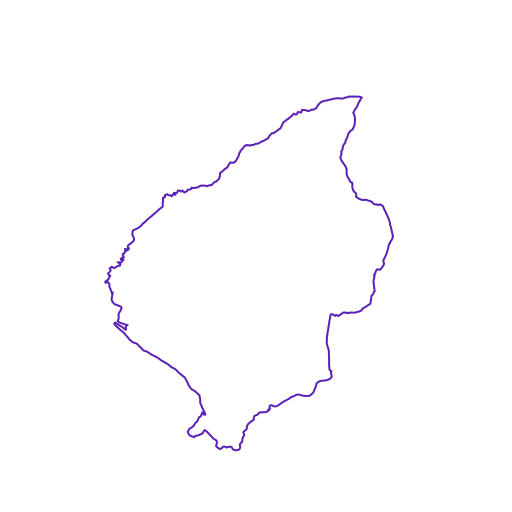 the district of El Guabo, El Oro, Ecuador, rotated 298°
{"feature_id": "8360857B6127992117214", "entity_name": "El Guabo", "entity_type": "district", "adm_level": 2, "iso_a3": "ECU", "parent_name": "Ecuador", "parent_adm1": "El Oro", "projection": "orthographic", "projection_center": [-79.785, -3.163], "detail": "fine", "context": "isolated", "style": "outline", "palette": "violet", "viewbox_px": 512, "rotation_deg": 298, "n_neighbors": 0, "source": "geoboundaries", "source_scale": "gbopen_adm2", "svg_char_len": 6093}
<svg xmlns="http://www.w3.org/2000/svg" viewBox="0 0 512 512"><g transform="rotate(298 256 256)"><path d="M268.9,148.8L267.4,147.2L266.7,147.1L266.4,147.5L265.1,147.9L264.6,147.1L263.8,146.6L261.2,147.9L260.8,148.3L259.5,148.4L257.1,149.9L255.4,150.3L252.1,148.7L246.9,146.9L237.3,143.0L233.4,141.8L231.5,140.8L230.0,140.7L228.2,140.2L225.5,138.8L223.2,137.3L221.7,135.9L220.7,135.5L219.7,135.5L217.2,136.6L216.3,137.3L214.4,140.0L212.7,140.8L210.8,140.6L209.6,139.9L207.4,139.2L206.6,138.5L204.8,138.1L203.5,138.9L202.8,139.0L203.0,140.1L202.3,140.3L201.5,140.2L200.0,139.3L201.0,137.8L200.6,137.1L200.0,137.4L199.9,138.1L199.3,138.6L198.1,138.1L196.5,138.5L195.6,137.6L195.0,137.5L194.4,137.8L192.9,139.7L191.3,138.3L190.0,138.0L189.7,138.2L189.6,138.8L190.7,140.4L190.5,140.7L190.0,140.8L189.6,140.7L188.6,139.6L187.4,140.2L186.5,139.7L186.1,138.9L186.2,137.6L185.7,137.2L185.3,139.4L184.4,140.3L183.9,140.5L183.5,140.3L182.9,139.2L181.3,138.0L179.3,137.0L178.6,135.6L178.8,133.7L176.4,132.6L175.6,134.1L174.8,134.5L173.3,134.3L171.6,133.6L170.8,133.9L170.3,134.5L170.3,136.4L169.7,136.7L168.0,136.2L166.9,136.6L165.9,136.6L162.7,135.0L162.2,135.1L161.9,135.5L162.0,136.2L163.4,137.6L163.1,138.6L162.2,139.9L159.9,141.1L157.3,144.5L155.5,146.2L156.1,146.8L150.0,148.8L148.5,150.3L147.6,152.1L147.2,153.2L147.2,155.2L147.6,157.7L147.8,160.0L147.5,161.3L146.4,161.8L144.3,161.9L144.0,162.1L142.2,161.8L140.0,162.0L137.4,163.6L135.5,164.3L134.4,164.3L133.5,164.6L133.2,167.3L134.5,174.7L133.7,174.4L132.3,174.3L130.2,175.7L129.9,175.6L129.6,175.1L130.5,171.5L130.5,167.6L131.2,163.6L130.7,162.7L129.7,162.7L129.0,163.7L128.2,166.1L126.0,175.8L122.7,184.0L122.0,187.9L122.6,191.4L122.5,192.5L121.3,195.9L121.1,197.5L120.1,199.7L119.8,201.2L120.4,204.7L119.9,209.9L120.1,216.7L119.4,220.9L119.1,228.9L118.1,233.8L118.3,236.9L117.9,239.0L116.5,243.4L115.3,250.2L111.3,256.1L110.5,256.8L108.7,260.1L108.2,261.7L107.9,266.1L106.4,271.5L103.3,274.0L100.4,275.5L97.1,279.4L92.8,285.2L92.2,285.6L91.5,284.5L92.4,283.3L92.5,282.1L88.4,282.5L86.9,281.4L82.4,281.8L79.7,280.7L77.1,280.7L75.3,280.2L71.8,278.2L68.9,278.3L67.5,279.6L66.5,281.7L66.9,286.3L68.8,286.9L69.9,288.6L73.5,291.6L74.3,292.0L77.7,292.2L78.1,292.4L78.2,293.0L77.9,295.0L74.7,304.5L74.6,306.8L74.4,307.7L73.8,308.5L72.2,309.4L70.1,309.7L69.4,310.1L69.0,311.0L68.6,313.2L68.7,314.9L69.0,315.4L72.2,316.5L72.6,317.0L73.0,318.1L73.0,319.7L74.1,320.7L74.2,321.3L75.5,322.5L75.8,323.1L75.7,324.3L74.6,326.2L74.4,327.4L74.8,329.1L76.7,331.6L77.7,332.1L79.7,331.9L81.5,330.5L82.5,330.2L85.5,331.0L89.1,329.5L92.4,329.7L92.9,329.4L94.1,327.8L95.0,327.5L98.4,329.0L99.5,328.8L101.5,327.9L104.3,328.0L108.3,329.7L110.3,330.9L112.9,329.7L114.3,329.8L116.1,331.5L119.7,332.8L122.6,337.7L124.5,339.4L127.0,340.0L126.8,339.4L127.5,339.7L129.7,338.5L130.5,338.6L131.3,339.4L131.7,340.3L131.7,341.9L132.1,343.6L133.8,345.3L140.4,348.7L144.9,351.8L148.2,353.5L149.8,355.0L152.2,356.7L153.0,357.5L153.7,358.6L154.7,363.2L156.2,366.7L157.8,368.8L158.9,369.5L162.4,370.7L168.3,370.1L171.5,369.5L172.7,369.5L173.6,369.9L175.3,371.0L176.4,372.1L178.9,376.0L180.3,377.5L182.2,378.9L183.4,379.4L185.6,379.3L187.8,377.0L188.8,376.6L189.5,376.7L190.0,374.6L190.5,374.0L194.6,371.4L199.2,369.0L206.8,364.6L211.8,359.6L217.9,356.6L235.9,350.4L239.5,349.4L240.5,350.6L240.3,354.0L241.6,354.5L241.8,355.1L241.7,356.7L242.0,357.1L246.9,359.5L248.1,361.6L248.1,363.1L249.3,364.1L249.5,365.2L250.9,366.6L251.9,369.2L255.0,372.7L257.3,374.6L260.1,375.0L263.1,377.1L266.1,378.5L266.9,379.2L268.0,379.3L275.0,376.7L277.6,377.3L280.1,377.0L280.6,377.3L280.8,377.2L288.6,371.7L294.6,369.8L294.6,369.2L296.6,369.3L299.6,368.9L301.4,369.5L302.0,371.8L302.6,372.2L306.1,372.8L308.5,372.9L309.7,372.5L311.0,371.0L312.0,370.5L318.5,370.3L324.3,369.2L328.3,368.0L329.8,368.0L330.4,368.3L331.8,368.0L334.6,368.3L337.5,367.8L345.1,361.3L346.4,359.8L348.3,358.6L351.5,355.3L359.8,344.2L359.7,341.1L358.2,339.7L358.3,338.4L357.4,337.0L357.4,334.8L358.3,332.8L358.0,330.4L357.5,328.7L357.4,327.0L355.5,323.9L355.0,321.5L354.9,319.9L355.2,316.5L356.8,316.1L358.1,315.0L359.4,311.2L361.0,309.6L362.3,308.5L364.5,307.5L365.3,306.7L365.9,306.5L365.8,304.7L366.0,303.8L367.4,302.6L368.2,300.8L369.5,298.9L371.7,297.0L374.2,295.9L376.5,294.0L380.7,286.2L382.0,284.7L383.0,284.1L385.1,283.8L387.3,283.1L388.2,282.2L391.3,282.3L392.9,281.5L394.8,281.1L398.2,281.6L400.5,280.8L403.2,281.0L407.3,280.1L410.7,280.6L413.2,281.9L417.7,281.6L421.0,280.3L424.7,278.3L427.3,275.8L428.3,274.5L429.0,274.7L431.9,274.5L434.1,275.1L439.7,274.7L445.5,274.9L445.4,273.0L443.2,268.4L441.5,265.5L441.0,264.1L440.4,263.3L439.5,262.7L437.9,260.5L436.2,259.2L435.4,258.1L433.4,253.5L431.0,250.4L425.6,244.4L425.1,243.5L422.3,241.0L418.4,239.9L415.2,239.8L413.2,239.0L411.6,237.1L411.0,236.0L409.7,235.3L408.3,234.0L408.2,231.8L406.7,228.1L404.2,228.5L403.7,228.3L403.5,227.0L402.7,225.4L402.3,225.3L401.1,225.6L399.8,225.0L399.4,224.1L399.2,222.4L396.2,221.7L395.6,221.3L394.7,221.2L394.3,220.7L392.1,220.1L391.2,219.3L389.4,218.7L387.5,217.6L385.9,217.4L380.4,217.7L379.0,216.9L376.4,215.9L372.7,213.7L371.9,212.5L371.3,212.2L368.1,211.4L365.2,211.3L363.8,210.1L361.7,209.0L360.9,208.2L358.5,206.5L356.6,205.5L354.5,202.7L352.7,201.6L352.1,199.9L350.5,198.8L350.3,196.8L349.9,196.6L349.7,196.0L349.0,195.5L348.9,195.0L348.4,194.6L346.7,194.0L345.1,194.0L342.1,193.0L340.4,193.2L338.8,193.0L335.5,193.8L334.1,193.6L330.6,193.6L328.4,192.9L328.1,192.6L327.1,191.1L326.6,189.5L326.2,189.2L320.6,189.0L318.1,187.6L314.9,186.6L312.5,185.3L309.7,186.6L306.7,187.1L303.3,186.0L302.2,185.0L300.4,184.1L298.4,183.8L297.6,183.2L296.6,181.6L294.9,180.4L294.2,178.0L292.7,174.9L291.5,173.6L289.1,172.3L288.6,171.4L287.4,170.0L286.6,168.7L286.1,167.1L285.1,167.4L284.7,167.2L283.6,166.3L282.5,164.6L281.0,164.6L278.6,163.1L278.5,162.6L279.2,160.3L277.7,159.6L277.9,157.9L277.1,156.4L276.0,156.6L274.3,156.4L273.7,156.0L273.8,155.1L273.4,154.9L273.5,154.4L273.2,154.0L272.4,154.1L271.9,155.3L270.8,153.5L269.2,153.5L269.5,152.1L268.9,151.1L268.6,149.4L268.9,148.8Z" fill="none" stroke="#5b21b6" stroke-width="2"/></g></svg>